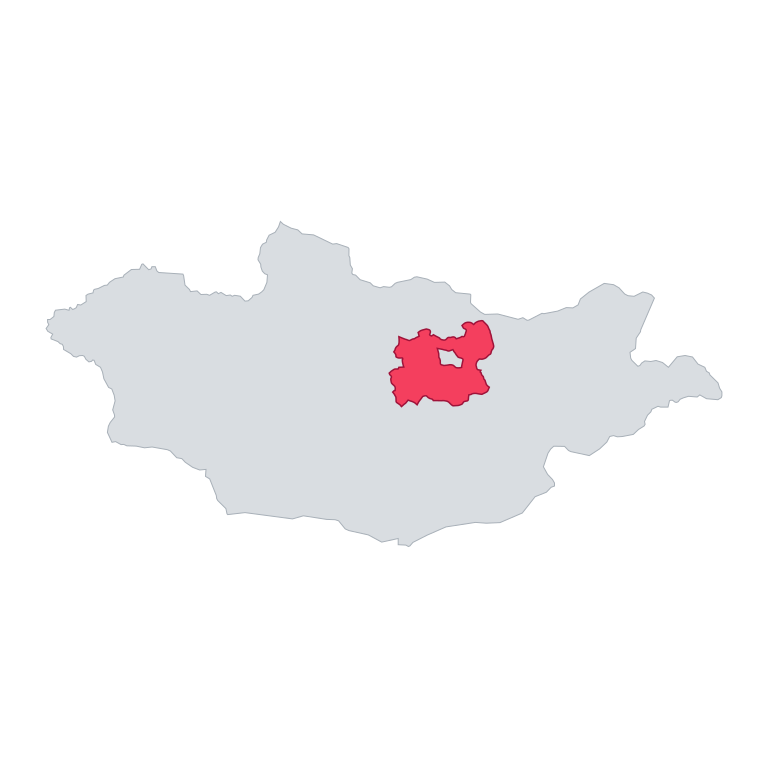 location of Töv within Mongolia
{"feature_id": "MNG-3329", "entity_name": "Töv", "entity_type": "Province", "adm_level": 1, "iso_a3": "MNG", "parent_name": "Mongolia", "parent_adm1": "", "projection": "mercator", "projection_center": [106.662, 47.753], "detail": "fine", "context": "in_parent", "style": "filled", "palette": "rose", "viewbox_px": 768, "rotation_deg": 0, "n_neighbors": 0, "source": "natural_earth", "source_scale": "10m", "svg_char_len": 8621}
<svg xmlns="http://www.w3.org/2000/svg" viewBox="0 0 768 768"><path d="M47.6,319.5L50.1,319.5L53.9,316.5L54.3,312.5L55.5,310.2L64.8,309.1L69.0,310.3L69.6,307.7L70.4,307.3L72.7,309.5L74.8,308.6L76.3,307.6L77.6,304.5L80.8,305.0L86.2,301.6L86.0,295.5L88.1,294.1L93.0,292.9L93.6,290.1L94.6,289.3L98.2,288.5L104.4,285.4L107.3,285.1L109.5,282.3L115.0,278.7L123.3,277.0L123.9,275.2L131.4,269.5L139.6,269.3L141.8,264.3L143.0,263.9L148.7,269.7L151.1,268.9L151.9,266.7L155.3,266.7L156.8,270.8L158.7,272.5L182.9,274.1L183.6,275.6L185.0,285.1L189.5,289.5L190.5,291.6L197.1,290.9L200.9,294.5L206.7,294.3L209.6,295.3L215.2,292.0L216.5,291.9L218.3,293.7L221.0,292.4L226.2,295.6L230.3,295.0L232.2,296.3L234.6,295.3L240.3,296.2L245.0,301.1L248.2,300.8L252.0,297.5L253.0,295.3L258.6,294.1L261.7,291.9L263.8,289.8L266.9,282.4L267.5,274.8L264.7,273.7L262.3,271.1L260.9,267.0L260.7,264.2L258.0,259.8L258.2,257.6L259.8,253.8L260.5,247.6L262.5,244.2L266.3,242.3L266.7,239.9L269.1,235.2L275.1,232.3L278.5,227.0L280.4,221.5L283.4,224.3L291.2,228.2L297.8,229.9L302.1,233.9L313.6,234.9L332.7,244.1L336.7,243.6L348.1,247.5L349.0,248.8L348.9,255.7L349.8,257.6L350.3,265.0L352.4,268.7L351.8,273.1L352.8,274.5L355.6,275.1L360.1,279.7L370.2,282.8L373.2,285.8L380.1,287.8L383.6,286.6L389.4,287.3L391.5,286.8L395.2,283.3L397.6,282.3L410.8,279.6L414.4,277.2L416.9,276.8L427.2,279.1L434.4,282.4L444.8,282.1L449.6,285.9L451.7,289.5L455.7,292.7L470.1,294.1L470.8,294.8L470.5,302.4L471.1,303.7L480.4,312.0L484.7,314.4L497.8,314.0L518.1,319.3L522.9,317.7L527.1,320.3L528.8,320.1L542.0,313.3L543.9,313.7L557.6,311.1L566.3,307.6L572.9,307.9L578.1,304.9L580.4,299.0L589.0,292.1L604.2,283.4L613.6,284.7L619.0,287.8L624.7,294.0L628.0,295.7L634.1,296.3L642.8,292.0L647.4,293.1L651.6,295.0L654.4,298.1L640.7,329.9L640.5,331.7L636.2,338.2L635.5,348.6L630.0,352.3L630.7,358.2L631.9,360.4L637.9,366.3L639.9,365.5L641.6,363.1L644.9,360.9L650.8,361.5L656.0,360.5L662.5,362.5L668.4,367.3L677.2,356.8L685.1,355.5L692.5,357.0L698.0,364.1L704.8,367.3L706.5,371.3L709.2,372.9L709.9,374.9L718.0,382.9L719.6,388.2L721.9,391.9L721.9,395.8L721.3,397.6L717.9,399.7L706.5,398.7L699.8,394.9L697.2,397.0L688.5,396.3L683.5,397.8L680.1,399.3L678.1,401.8L676.6,402.4L675.1,402.2L672.5,400.2L670.2,400.3L669.5,400.7L668.0,407.1L660.6,407.1L658.0,406.3L651.8,409.3L650.9,411.8L647.5,415.2L644.5,421.5L645.1,424.3L644.1,426.0L638.6,429.4L633.3,434.4L622.4,436.5L617.3,436.8L613.5,435.6L609.7,436.5L606.8,442.1L599.6,448.9L589.3,455.6L570.8,451.6L568.5,450.5L564.6,446.4L553.8,446.2L550.7,449.0L548.0,453.2L543.4,466.8L547.6,474.4L552.5,479.5L554.5,483.0L554.5,486.0L551.1,487.3L546.4,492.2L535.1,496.7L522.3,513.0L500.0,522.6L486.3,523.2L475.4,522.4L446.0,526.9L427.0,535.2L412.9,542.4L409.9,545.9L408.4,546.5L405.9,545.1L398.2,544.7L398.2,538.5L381.7,542.1L368.3,534.9L349.0,530.6L345.2,528.9L338.6,520.8L335.1,519.7L326.7,519.4L303.4,515.8L292.5,518.9L245.0,512.6L227.7,514.6L227.0,513.8L225.9,508.6L217.8,500.6L216.7,498.6L216.3,495.5L209.7,478.9L205.5,476.4L206.0,469.4L199.7,470.0L192.6,467.3L185.3,462.3L181.8,458.6L176.7,457.7L170.4,451.0L167.4,449.7L152.1,447.0L144.5,447.8L136.2,446.1L126.8,445.8L123.8,444.4L121.1,444.6L115.6,441.6L112.0,442.3L107.4,432.4L108.4,426.2L110.2,422.5L114.6,417.0L114.5,414.9L112.7,409.9L115.1,400.9L114.2,395.3L111.8,389.0L108.6,387.4L103.9,378.8L102.5,372.0L100.5,367.3L95.7,364.4L94.1,360.3L92.6,360.0L91.6,361.3L88.9,361.9L85.9,359.3L84.3,356.3L82.6,355.5L79.4,355.7L76.6,357.1L73.5,356.4L70.8,353.7L63.6,349.5L63.4,346.5L62.3,344.3L60.2,343.7L58.0,341.6L51.1,338.9L50.9,337.4L52.7,334.1L47.9,331.4L46.1,328.5L48.8,324.7L47.6,322.2L47.6,319.5Z" fill="#d9dde1" stroke="#a8b0b8" stroke-width="1"/><path d="M480.9,370.3L480.6,370.8L480.3,371.3L480.2,371.8L480.3,372.2L480.5,372.4L480.8,372.5L481.0,372.6L481.1,372.9L481.5,374.3L481.8,374.9L481.9,375.1L483.2,376.5L483.3,376.7L483.4,377.0L483.8,378.8L484.0,379.2L484.7,379.9L485.0,380.3L485.8,382.8L486.2,384.0L486.4,384.5L487.1,385.4L487.8,386.1L489.3,387.2L487.8,390.8L487.5,391.1L486.8,391.9L485.3,392.7L481.9,394.3L479.4,394.0L476.1,393.4L474.3,393.4L472.9,393.6L471.9,393.9L470.9,394.5L468.8,394.9L468.7,396.1L468.5,397.3L468.4,399.2L468.3,399.7L468.1,400.1L468.0,400.4L467.6,400.7L467.3,400.9L466.8,401.0L465.1,401.3L464.1,401.6L463.7,401.9L463.5,402.1L462.4,403.7L462.1,404.0L461.7,404.3L459.6,405.1L458.5,405.4L458.0,405.5L454.6,405.7L453.0,405.8L451.7,405.0L450.8,404.2L449.5,402.9L448.7,402.1L447.3,401.3L446.6,401.1L444.5,400.7L443.1,400.6L441.3,400.7L437.3,400.6L433.3,400.6L433.0,400.0L432.8,399.8L432.5,399.4L432.0,399.1L429.8,398.5L429.1,398.1L428.1,397.5L426.8,396.2L426.4,395.9L426.1,395.8L425.6,395.8L424.9,395.8L423.5,396.2L422.7,396.5L420.8,399.1L420.4,399.6L418.8,401.7L417.1,404.8L416.1,403.9L415.3,403.3L414.8,402.8L413.5,402.1L412.1,401.5L410.1,400.9L408.1,400.1L406.2,402.5L405.5,403.3L404.3,404.1L401.5,406.6L401.0,406.1L400.5,405.3L399.6,404.5L396.8,402.6L396.5,402.3L396.3,402.0L396.1,401.6L396.1,401.1L396.0,398.1L396.0,397.6L395.8,397.0L395.6,396.4L395.0,395.6L394.6,394.6L394.2,394.1L393.5,393.1L392.7,392.1L393.6,391.2L394.1,390.7L394.5,390.6L395.1,390.5L395.2,389.1L395.3,388.3L395.2,387.6L395.1,387.2L394.9,386.7L394.7,386.3L393.9,385.4L392.6,384.3L391.8,383.4L391.5,383.0L391.2,382.0L390.9,380.2L390.8,379.4L390.9,378.4L391.4,377.4L391.4,376.9L391.4,376.5L391.2,376.2L390.6,375.4L390.1,375.0L389.8,374.6L389.6,374.2L389.2,373.1L390.2,372.2L391.1,371.3L393.8,369.5L394.7,369.1L395.2,369.0L396.3,369.0L398.0,369.0L398.6,368.0L398.9,367.3L401.6,367.2L403.8,367.0L403.3,365.6L402.5,362.2L402.4,361.3L402.3,359.7L402.7,359.3L402.7,358.5L402.6,358.2L402.4,358.1L402.0,357.9L401.7,358.0L399.4,358.0L398.2,357.9L396.9,357.4L396.0,356.8L395.9,355.2L395.7,354.5L394.7,352.9L393.8,351.9L394.7,350.5L395.0,349.9L395.4,348.4L396.2,347.1L397.1,346.2L398.2,345.4L398.4,345.1L398.6,344.6L399.0,343.2L399.1,341.9L399.1,339.5L398.9,336.7L402.6,338.2L404.1,338.8L405.1,339.2L406.6,339.6L408.0,340.2L409.1,340.5L409.6,340.5L410.0,340.4L410.4,340.2L410.9,339.9L412.3,339.2L412.8,339.0L414.0,338.8L414.5,338.7L415.2,338.2L416.3,337.5L417.8,336.9L419.2,336.1L418.8,335.1L418.4,333.4L418.1,332.5L419.5,331.4L420.6,330.7L421.1,330.5L422.5,330.0L426.3,329.0L428.4,329.5L429.1,329.7L429.8,330.2L430.1,330.7L430.2,330.9L430.4,331.5L430.4,332.3L430.0,333.5L429.6,334.7L429.8,335.0L430.2,335.3L431.3,336.0L432.2,335.6L432.8,335.2L433.4,334.7L436.0,336.2L439.2,337.8L439.7,338.2L439.9,338.7L441.0,339.4L441.8,339.7L443.8,340.1L444.5,340.1L445.2,339.9L445.8,339.6L446.7,338.8L447.2,338.2L447.8,337.7L448.2,337.5L448.9,337.4L450.4,337.5L450.8,337.4L452.4,337.0L453.2,336.9L454.0,337.0L454.5,337.2L454.9,337.4L455.3,337.7L456.2,338.8L458.7,338.0L459.9,337.6L460.8,337.2L461.5,336.7L461.8,336.5L462.3,336.5L463.3,336.7L463.8,336.6L464.2,336.4L464.4,336.2L464.6,335.8L464.9,334.9L465.4,333.8L465.7,332.5L466.2,331.3L466.3,330.5L466.2,330.0L466.0,329.6L465.8,329.4L465.4,329.1L464.0,328.5L463.4,328.0L463.1,327.5L462.0,325.5L463.5,324.1L465.0,323.0L465.7,322.7L466.9,322.4L467.5,322.3L469.1,322.3L469.9,322.4L470.5,322.5L471.2,322.8L471.7,323.0L473.7,324.5L474.5,323.7L475.0,323.1L475.3,322.8L476.7,322.0L478.2,321.3L478.9,321.1L481.3,320.7L482.0,320.7L482.8,320.8L483.5,321.6L484.0,322.1L484.4,322.5L484.9,323.0L485.3,323.4L486.5,324.6L487.4,325.6L488.1,326.9L489.0,329.1L489.8,330.6L490.0,331.1L490.2,332.7L490.4,333.2L490.8,334.3L491.1,335.3L491.8,339.0L492.4,340.9L492.7,342.1L493.2,343.7L493.6,345.5L493.7,346.3L493.6,347.1L493.2,348.1L492.9,348.9L492.6,349.1L492.2,349.5L491.8,350.3L491.3,351.5L491.0,353.0L490.7,353.7L490.4,354.1L490.2,354.2L489.5,354.6L489.1,354.8L488.4,355.4L487.1,356.7L486.2,357.6L485.9,357.8L485.0,358.3L484.5,358.5L483.4,358.9L482.0,359.2L479.3,359.0L477.8,360.5L477.1,361.4L476.8,361.9L476.3,363.3L476.1,364.3L476.0,365.1L476.1,365.7L476.5,367.0L476.7,368.3L477.3,369.3L477.7,369.6L478.2,369.8L480.9,370.3ZM448.3,351.0L447.8,350.9L446.6,350.4L446.1,350.2L444.3,349.9L442.1,349.3L437.3,348.4L437.7,349.8L438.1,351.3L438.7,353.4L438.9,357.5L439.4,358.2L439.7,358.7L440.0,359.6L440.3,360.7L440.3,363.1L440.4,363.7L440.6,364.2L440.8,364.4L441.3,364.8L443.0,365.2L443.8,365.5L446.9,365.2L449.4,364.8L449.9,364.7L451.5,364.8L452.4,365.0L453.2,365.3L453.9,365.8L455.5,367.3L456.0,367.6L456.6,367.7L457.9,367.9L459.5,367.8L460.5,367.7L461.6,367.4L461.6,366.6L462.2,363.7L462.5,362.2L463.0,360.1L463.0,359.6L462.9,359.2L462.5,358.8L461.9,358.4L460.6,357.9L459.2,357.6L458.7,357.4L458.2,357.2L457.8,356.8L457.5,356.4L456.9,355.6L456.3,354.9L455.0,352.8L453.9,351.5L453.5,350.7L452.9,349.6L450.8,350.4L449.1,351.0L448.3,351.0Z" fill="#f43f5e" stroke="#9f1239" stroke-width="1.5"/></svg>